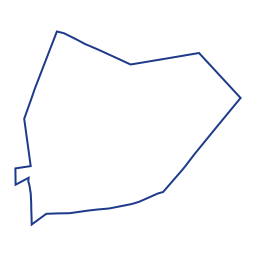 Eayoune El Atrous, Hodh el Gharbi, Mauritania (Natural Earth projection)
{"feature_id": "47542326B47795340566920", "entity_name": "Eayoune El Atrous", "entity_type": "district", "adm_level": 2, "iso_a3": "MRT", "parent_name": "Mauritania", "parent_adm1": "Hodh el Gharbi", "projection": "natural_earth1", "projection_center": [-9.445, 16.825], "detail": "fine", "context": "isolated", "style": "outline", "palette": "blue", "viewbox_px": 256, "rotation_deg": 0, "n_neighbors": 0, "source": "geoboundaries", "source_scale": "gbopen_adm2", "svg_char_len": 592}
<svg xmlns="http://www.w3.org/2000/svg" viewBox="0 0 256 256"><path d="M181.5,170.8L184.9,166.7L194.7,153.9L214.1,130.1L239.6,99.1L240.6,98.0L199.0,53.0L137.2,63.4L130.6,64.5L98.4,49.7L89.1,45.7L85.2,44.1L76.0,39.2L63.9,33.2L56.9,31.5L34.7,89.0L31.2,99.2L24.2,118.8L30.7,166.1L15.4,168.4L15.4,168.5L15.6,184.7L28.6,177.8L28.3,181.5L29.4,185.2L30.7,193.3L31.2,203.0L31.3,210.7L31.6,218.4L31.7,224.5L46.3,213.8L57.8,213.4L69.6,213.2L87.2,210.7L97.4,209.5L109.0,208.5L131.4,204.1L138.8,201.9L151.1,196.5L157.8,193.5L163.1,192.0L181.5,170.8Z" fill="none" stroke="#1e3a8a" stroke-width="2"/></svg>